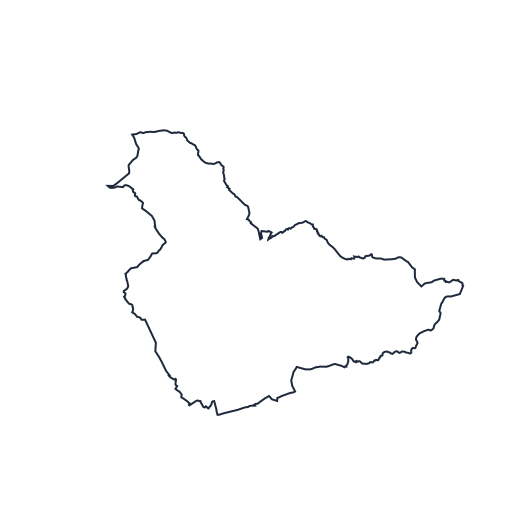 outline of Tarsolt, Satu Mare, Romania, rotated 52°
{"feature_id": "2599482B11376721616629", "entity_name": "Tarsolt", "entity_type": "district", "adm_level": 2, "iso_a3": "ROU", "parent_name": "Romania", "parent_adm1": "Satu Mare", "projection": "mercator", "projection_center": [23.323, 47.964], "detail": "fine", "context": "isolated", "style": "outline", "palette": "slate", "viewbox_px": 512, "rotation_deg": 52, "n_neighbors": 0, "source": "geoboundaries", "source_scale": "gbopen_adm2", "svg_char_len": 6149}
<svg xmlns="http://www.w3.org/2000/svg" viewBox="0 0 512 512"><g transform="rotate(52 256 256)"><path d="M407.0,111.1L406.1,111.3L405.1,110.3L404.3,110.1L400.1,111.9L399.5,111.4L399.0,112.0L398.7,113.1L396.1,115.4L395.9,119.4L395.4,120.4L394.2,121.1L393.3,122.4L392.5,121.9L391.4,122.8L389.9,121.7L387.7,124.2L384.9,131.0L384.9,133.1L384.6,134.2L382.4,138.1L381.6,140.1L381.8,144.4L375.6,145.1L370.8,144.0L364.2,139.0L361.1,140.0L354.3,139.9L353.5,140.4L346.7,142.4L345.5,143.4L344.6,144.9L344.1,147.6L341.9,151.4L337.7,157.3L335.6,158.6L334.3,159.8L331.7,163.1L329.1,164.8L328.1,164.9L326.1,163.8L325.5,164.1L325.6,165.9L325.4,166.6L323.6,169.7L323.5,170.1L324.3,171.1L324.0,173.1L321.1,175.1L319.6,175.4L319.5,176.4L317.0,178.8L317.7,178.9L318.4,180.4L316.5,182.2L317.0,183.2L315.2,184.8L315.1,186.1L312.5,187.9L310.5,188.9L307.9,189.7L298.6,189.8L295.7,190.2L292.7,191.1L289.6,191.2L286.8,190.4L284.5,191.2L282.9,190.9L282.5,191.7L280.3,192.0L280.4,192.7L280.3,193.0L278.8,193.6L277.9,193.1L276.8,193.4L276.3,192.9L275.7,193.3L274.9,192.9L274.5,192.4L274.0,192.7L272.6,191.8L271.6,192.0L270.6,193.4L269.1,192.8L267.8,193.1L267.2,192.5L266.3,192.3L266.4,192.0L266.2,191.8L265.4,192.7L262.8,193.5L262.1,194.2L259.4,195.0L259.0,195.4L258.4,198.7L257.1,201.2L256.2,202.4L256.3,203.3L255.6,206.3L256.1,208.5L255.6,210.4L255.8,211.6L255.7,212.0L254.5,212.7L254.4,213.6L254.8,214.6L253.9,214.8L253.5,215.9L254.1,218.0L253.7,218.8L254.0,219.4L253.9,221.0L253.0,221.0L252.2,221.8L251.8,224.1L252.0,225.5L251.7,226.3L251.6,229.3L251.2,230.1L250.4,230.8L250.8,231.3L251.1,232.6L250.7,233.7L250.6,236.1L249.6,234.9L248.7,232.3L247.7,230.8L247.1,229.2L243.9,230.8L244.1,231.5L243.7,232.3L239.8,236.2L241.2,238.1L245.5,240.1L245.4,242.3L238.3,238.8L235.4,237.8L226.9,240.0L226.5,239.1L224.3,239.6L222.8,239.4L221.4,240.5L219.4,236.2L218.1,234.7L212.3,231.9L211.1,232.0L208.7,233.3L200.3,234.3L197.8,234.7L196.6,235.5L195.9,235.5L195.3,235.1L193.4,235.2L192.6,235.7L187.2,236.5L186.7,235.4L184.1,236.4L183.7,235.2L182.1,235.6L177.2,235.0L175.7,233.0L174.8,233.0L173.1,231.7L169.7,230.3L168.7,228.7L167.0,228.0L166.6,227.3L165.7,226.6L163.0,227.3L160.0,227.0L159.5,227.1L158.3,228.8L158.0,231.1L157.2,233.0L155.4,234.6L154.0,236.5L151.5,238.4L148.5,239.3L147.6,239.2L146.5,239.7L141.8,239.3L140.7,239.6L137.4,236.4L135.3,236.9L132.3,236.0L130.6,236.0L129.7,236.7L127.1,237.6L126.4,238.3L122.8,239.0L119.9,238.2L118.1,238.6L117.0,238.5L115.1,237.5L114.0,237.9L112.6,239.6L110.7,240.9L110.1,242.6L109.5,243.4L108.7,243.9L107.7,246.2L105.9,247.5L102.4,249.0L100.1,251.4L97.7,255.5L96.9,257.1L96.6,258.3L96.0,259.0L95.6,259.9L92.7,263.2L92.0,264.7L90.7,266.2L89.7,269.3L87.2,270.9L86.3,275.1L84.1,278.8L87.8,279.2L94.2,281.6L98.3,281.9L99.8,282.7L100.2,283.6L104.1,287.8L104.8,289.9L104.6,294.0L105.9,300.2L106.9,301.2L111.0,303.5L112.7,305.1L113.1,320.1L112.9,325.4L109.5,329.6L111.8,329.2L112.5,328.9L113.8,327.4L115.2,325.0L115.6,322.8L119.8,318.4L119.4,316.4L119.8,315.2L120.4,314.6L122.6,313.1L127.8,311.7L127.9,312.4L129.7,313.2L130.5,313.3L131.3,312.6L132.4,312.6L133.4,314.0L134.3,314.4L136.0,313.2L138.2,313.7L140.3,313.7L141.0,312.9L144.3,312.3L144.8,312.5L145.6,313.7L148.3,316.5L153.3,314.9L160.4,313.4L165.6,314.2L171.2,317.6L171.0,317.8L172.6,318.2L178.8,318.7L184.3,318.4L186.2,317.8L189.5,318.5L189.9,319.4L189.8,322.5L191.8,327.0L192.0,329.4L192.7,331.4L192.3,333.2L190.2,336.1L190.3,337.2L191.1,338.4L192.6,343.6L191.4,346.0L191.3,346.9L190.6,347.8L190.9,348.2L190.8,351.3L191.2,355.1L191.6,355.8L191.4,356.8L188.7,362.1L189.2,365.8L189.5,366.6L189.7,370.0L191.2,370.4L192.6,371.5L194.6,372.1L195.2,372.7L196.6,373.0L201.2,375.3L202.0,376.8L202.4,378.1L202.2,381.6L203.0,382.5L205.0,381.9L206.0,382.7L206.7,383.7L206.9,385.1L208.7,385.0L208.9,385.4L209.6,385.5L214.7,385.5L215.6,385.3L217.3,384.0L218.3,383.7L219.4,384.0L220.0,384.6L221.4,384.9L223.7,387.1L224.1,388.2L227.3,387.1L230.7,387.1L232.9,385.4L233.9,385.2L235.6,385.5L237.3,383.6L237.8,382.6L262.7,388.3L269.1,394.0L275.5,394.5L281.0,395.4L291.3,397.6L296.9,397.6L296.7,398.4L299.0,398.1L303.1,396.5L303.2,395.1L304.0,395.0L307.4,398.4L308.4,398.6L310.0,398.2L311.1,401.3L313.7,400.7L315.7,399.8L319.5,399.9L321.4,401.9L322.6,401.3L327.4,399.8L331.4,399.1L331.5,399.6L332.1,399.5L332.3,400.5L332.7,400.4L333.4,392.0L334.4,390.5L335.5,390.1L336.1,389.1L337.8,389.7L342.8,390.4L343.8,389.5L343.6,388.0L343.8,387.9L346.4,387.6L346.9,387.2L346.4,385.9L345.8,383.1L344.0,380.6L343.9,379.7L344.6,378.3L352.4,381.6L354.3,382.8L357.5,384.1L358.4,382.7L360.1,378.2L365.9,365.3L368.5,357.9L370.1,355.2L370.2,353.4L371.2,351.7L373.3,348.9L372.1,348.8L372.4,347.2L373.1,346.4L373.5,344.3L373.4,342.7L373.7,336.3L374.4,331.9L378.7,331.7L383.2,328.6L381.0,326.6L381.7,324.4L382.1,322.1L384.9,313.7L386.7,309.9L386.8,308.6L380.7,307.4L375.8,304.9L370.4,297.6L369.7,295.1L368.5,292.2L375.7,286.9L378.6,283.3L379.4,281.3L380.6,277.0L381.5,275.9L382.6,273.6L386.7,268.6L386.7,268.0L387.3,267.2L389.0,261.6L389.8,260.2L395.3,256.2L398.1,254.8L397.9,254.0L398.8,252.9L397.9,252.4L397.7,250.9L395.8,248.1L393.3,246.2L392.2,246.1L392.1,245.3L393.9,244.2L396.1,243.7L399.5,243.9L400.0,243.5L400.2,242.5L400.6,241.5L401.4,242.2L402.3,239.5L403.3,238.9L406.2,238.5L409.2,235.2L410.2,232.6L409.9,231.4L411.8,229.4L411.2,227.1L411.4,226.6L411.8,226.4L411.7,225.3L413.2,224.3L413.2,223.3L412.2,221.4L412.3,220.6L411.5,219.7L411.6,218.9L412.1,218.3L412.1,217.5L410.8,216.3L410.7,215.8L410.6,214.2L411.0,213.1L412.0,211.5L413.3,210.9L414.4,210.0L415.9,209.6L417.2,208.7L417.0,205.4L417.5,204.0L418.5,203.3L420.5,202.8L420.9,202.1L421.2,199.6L423.1,197.7L424.5,197.2L425.5,196.1L427.5,194.8L427.9,194.2L427.7,193.1L425.9,191.9L425.1,190.5L425.0,189.1L426.4,187.7L426.5,186.9L425.4,185.2L424.1,182.4L423.1,181.8L420.6,181.5L419.9,181.1L418.5,179.2L418.0,177.2L417.7,174.6L418.7,169.8L420.1,165.8L420.5,165.2L422.2,164.3L422.5,162.1L422.2,160.5L420.5,158.4L419.8,156.7L419.7,154.2L419.0,150.9L414.9,145.9L414.0,145.5L412.5,145.6L412.1,145.4L407.8,139.6L407.0,137.2L405.6,134.5L405.4,133.3L405.1,132.9L405.1,131.2L406.8,128.5L407.7,127.8L411.5,118.8L407.0,111.1Z" fill="none" stroke="#1e293b" stroke-width="2"/></g></svg>